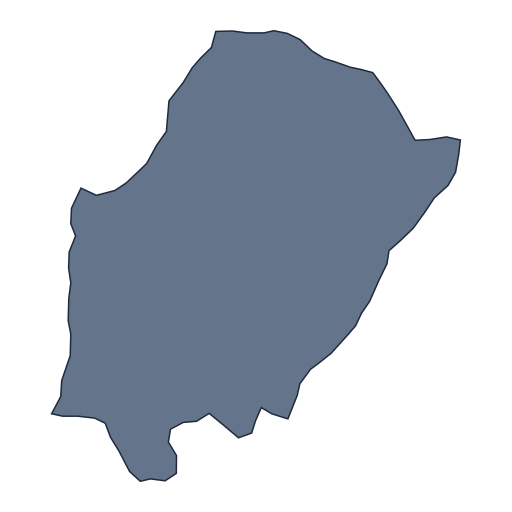 Balbinos, São Paulo, Brazil (Robinson projection)
{"feature_id": "56859067B19788452853762", "entity_name": "Balbinos", "entity_type": "district", "adm_level": 2, "iso_a3": "BRA", "parent_name": "Brazil", "parent_adm1": "São Paulo", "projection": "robinson", "projection_center": [-49.333, -21.895], "detail": "fine", "context": "isolated", "style": "filled", "palette": "slate", "viewbox_px": 512, "rotation_deg": 0, "n_neighbors": 0, "source": "geoboundaries", "source_scale": "gbopen_adm2", "svg_char_len": 1175}
<svg xmlns="http://www.w3.org/2000/svg" viewBox="0 0 512 512"><path d="M398.8,110.8L387.0,92.4L379.1,81.2L372.7,72.6L361.1,69.5L349.8,67.1L335.5,62.0L324.3,58.5L312.1,51.0L300.1,39.6L287.3,33.4L273.9,30.7L263.9,32.9L247.0,32.9L232.5,31.0L215.8,31.4L211.4,47.5L200.7,58.0L192.2,67.8L183.3,82.4L169.0,100.8L166.4,131.4L156.8,145.0L146.7,163.4L138.6,171.3L126.0,183.1L114.9,190.5L96.3,195.3L81.0,188.1L71.5,208.2L70.8,223.7L75.6,235.9L69.2,251.9L68.6,268.0L70.8,283.0L68.8,298.3L68.2,320.6L70.8,334.2L70.2,355.7L61.7,380.6L60.7,396.6L51.6,413.8L62.8,416.2L77.7,416.2L94.6,418.1L105.2,423.2L110.5,437.3L119.0,451.1L129.6,471.5L140.3,481.3L150.4,478.9L165.1,480.8L176.3,473.4L176.5,455.5L168.4,442.1L170.5,429.1L183.3,422.4L196.5,421.3L209.2,413.4L222.6,424.4L238.5,437.8L251.7,433.0L255.5,420.8L261.3,407.6L271.8,413.8L287.9,418.9L297.2,395.4L299.9,383.7L310.7,369.1L319.1,362.9L331.3,353.1L347.9,334.7L355.7,325.6L361.5,313.2L369.6,301.4L379.1,279.9L387.0,263.7L389.0,250.7L400.8,240.2L413.4,228.0L424.6,212.5L434.3,197.9L448.0,185.5L455.6,172.1L458.7,154.4L460.4,140.0L446.5,136.9L430.0,139.5L415.1,140.3L398.8,110.8Z" fill="#64748b" stroke="#1e293b" stroke-width="1.5"/></svg>